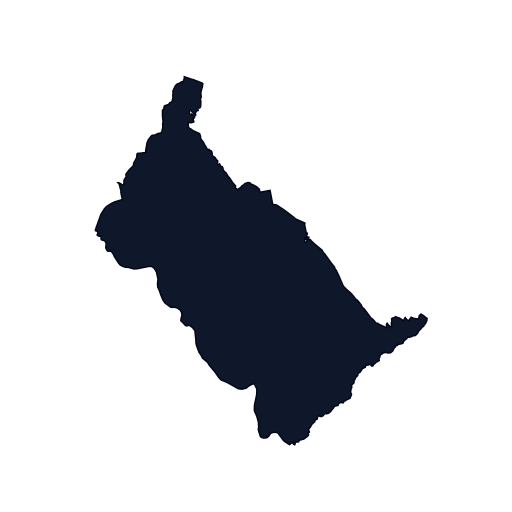 Parscov, Buzau, Romania, rotated 74°
{"feature_id": "2599482B35327371423245", "entity_name": "Parscov", "entity_type": "district", "adm_level": 2, "iso_a3": "ROU", "parent_name": "Romania", "parent_adm1": "Buzau", "projection": "robinson", "projection_center": [26.534, 45.302], "detail": "fine", "context": "isolated", "style": "filled", "palette": "ink", "viewbox_px": 512, "rotation_deg": 74, "n_neighbors": 0, "source": "geoboundaries", "source_scale": "gbopen_adm2", "svg_char_len": 6131}
<svg xmlns="http://www.w3.org/2000/svg" viewBox="0 0 512 512"><g transform="rotate(74 256 256)"><path d="M446.6,275.8L445.1,272.4L447.5,271.7L448.1,270.8L447.1,270.0L445.6,270.0L446.4,266.7L446.0,265.9L444.9,264.7L445.2,263.2L445.0,261.8L445.2,260.6L443.7,256.7L443.0,255.3L442.3,254.7L440.6,254.9L440.2,254.6L440.1,253.3L438.9,253.2L438.1,253.5L436.9,253.0L435.2,250.6L433.4,249.0L432.2,246.8L431.6,245.3L430.8,245.0L429.6,243.7L429.8,242.6L429.6,242.1L427.4,240.9L426.8,239.8L427.9,238.6L428.4,237.1L428.0,235.4L427.0,234.3L426.5,232.9L427.0,232.2L427.2,230.1L426.6,228.0L425.9,227.4L425.9,226.8L424.2,224.7L423.8,223.8L422.8,223.0L422.0,221.1L422.3,218.4L420.8,217.5L420.3,215.6L419.8,214.9L419.9,214.4L420.5,214.2L421.2,212.7L419.7,211.2L419.8,209.8L419.4,209.2L418.9,206.6L418.8,205.0L415.7,202.5L414.9,202.3L413.9,202.7L413.0,202.4L412.1,202.8L411.5,201.8L410.2,201.5L409.4,200.6L408.1,199.9L407.2,200.2L406.7,200.0L404.9,196.8L403.9,196.4L402.9,196.3L402.2,195.2L400.2,193.8L399.9,192.7L398.8,191.1L397.4,190.5L396.7,189.8L396.6,188.2L395.5,187.2L395.2,186.4L394.0,185.4L393.4,184.3L393.5,183.5L393.2,183.1L393.1,181.7L391.9,181.0L391.3,179.6L391.8,178.5L391.4,176.6L392.1,176.1L392.2,175.2L393.4,175.3L393.7,175.1L393.9,174.0L392.7,172.8L391.7,170.5L391.1,169.7L391.1,168.5L390.4,166.3L388.5,166.2L387.8,165.2L386.7,164.7L385.3,163.6L384.9,161.9L384.3,161.8L384.4,161.3L384.1,160.7L384.4,160.3L384.2,159.1L384.6,158.2L384.7,157.1L385.6,156.0L385.5,155.7L385.9,154.9L385.9,154.3L386.1,153.5L385.9,152.7L385.0,150.8L382.5,148.5L382.0,147.3L380.8,146.3L380.9,144.8L380.4,144.1L380.2,142.9L380.5,140.6L380.3,138.7L379.4,138.2L378.1,136.7L377.1,134.1L375.9,132.5L375.8,132.1L376.4,131.0L376.3,127.7L375.8,127.0L376.4,125.2L376.1,124.2L374.7,121.8L373.0,120.4L371.9,118.2L370.1,115.7L369.9,114.5L368.6,113.2L367.8,111.9L365.5,109.8L363.1,108.7L362.2,109.6L359.6,111.3L357.3,113.4L358.2,115.3L358.6,115.8L359.8,116.1L361.2,117.2L360.6,119.1L359.3,121.7L357.6,123.7L359.1,125.6L360.1,126.1L360.1,126.6L359.0,128.5L356.3,129.5L356.9,130.4L358.9,132.0L355.2,135.2L352.7,138.9L353.3,139.6L353.5,140.2L353.2,141.6L353.5,142.2L353.5,142.7L353.8,143.0L356.0,143.3L357.5,144.3L358.6,144.7L360.4,144.8L361.2,145.3L361.3,145.8L360.7,146.5L358.6,147.8L356.8,148.5L357.2,149.0L358.1,149.6L361.0,150.3L355.1,157.1L354.5,157.2L353.4,159.2L352.8,159.8L352.1,159.7L350.4,160.5L348.8,161.3L347.2,162.6L339.9,165.3L339.9,165.7L338.9,166.0L338.7,165.8L336.6,166.6L334.8,167.9L332.0,168.4L328.7,169.7L326.4,170.8L324.8,172.1L321.8,173.2L317.6,175.2L313.2,178.1L308.9,180.4L297.3,181.9L291.6,182.9L290.7,183.5L288.2,183.6L283.5,185.6L273.3,189.2L270.9,190.4L268.7,190.8L260.4,196.5L256.3,198.9L255.3,199.2L254.2,201.1L256.8,204.2L255.2,205.5L253.9,204.5L253.2,205.0L252.1,203.3L252.5,203.1L254.0,203.1L255.0,202.4L253.7,200.8L252.6,200.0L251.8,201.2L251.3,202.6L249.4,200.9L248.2,200.4L247.7,201.3L239.5,200.7L237.9,199.9L231.2,207.8L229.2,209.0L219.2,216.5L212.6,222.2L211.0,225.7L196.8,224.4L195.8,234.6L192.7,234.4L189.5,236.4L186.5,239.5L185.7,240.8L184.4,241.4L183.5,242.3L183.1,243.8L183.4,247.0L184.2,247.9L184.6,250.0L186.0,252.0L186.6,254.3L187.3,255.1L185.1,257.1L183.1,256.3L179.0,258.2L173.5,259.9L171.9,260.8L167.7,261.9L165.8,263.3L163.7,263.7L161.6,263.6L160.6,264.0L160.3,265.1L160.0,265.3L157.4,265.6L157.6,266.9L157.6,267.7L157.5,268.1L156.7,267.9L155.2,266.9L153.8,266.6L152.4,267.6L150.2,268.1L148.2,269.8L147.2,270.2L144.0,269.7L142.4,270.2L141.6,271.5L140.6,271.8L141.0,272.3L141.0,272.7L139.2,273.7L137.7,273.8L134.4,274.9L132.6,275.0L128.7,276.6L127.5,276.8L125.5,276.3L122.8,276.5L118.1,282.0L116.5,283.1L114.5,285.0L113.8,285.4L110.9,284.9L108.7,284.0L109.8,282.5L110.1,280.8L110.0,278.9L109.7,278.7L107.6,278.9L106.9,278.2L106.0,278.2L105.8,277.9L106.1,277.2L105.6,276.7L104.0,277.0L101.7,278.6L102.9,279.3L101.9,280.2L100.5,280.7L98.1,279.7L98.1,278.5L104.1,275.3L103.8,275.0L101.6,275.0L101.2,274.1L100.3,273.3L100.2,271.5L98.8,271.5L98.1,271.2L97.8,270.2L98.1,269.5L98.0,268.8L96.8,267.9L91.9,266.3L89.8,266.3L88.5,265.0L83.5,263.9L80.0,261.9L79.1,261.1L75.5,259.6L75.0,260.0L69.3,267.5L68.0,269.7L63.9,275.5L65.4,275.9L68.3,278.0L68.1,280.0L68.8,281.9L69.0,284.6L70.1,286.6L73.3,289.4L75.0,290.6L76.4,290.7L77.9,291.5L81.1,292.3L84.3,294.1L84.7,294.7L84.9,296.6L86.2,298.3L86.4,302.4L86.6,302.8L89.3,304.2L90.1,305.7L95.1,307.2L101.5,308.4L103.5,309.4L106.3,310.0L110.7,312.3L111.6,313.9L111.2,316.3L111.9,320.3L111.4,322.2L111.4,322.9L112.7,324.9L114.6,327.5L117.1,329.5L123.8,332.8L125.2,333.2L125.8,333.0L126.0,334.7L125.6,336.4L125.3,339.0L124.7,341.2L124.8,341.9L126.0,342.7L128.6,343.5L129.8,345.0L130.4,345.3L132.9,347.9L135.0,348.8L135.9,349.9L138.2,354.1L141.4,358.4L142.4,358.8L143.6,358.6L146.6,361.9L151.5,363.6L151.2,364.4L147.8,367.5L147.5,368.5L149.1,367.7L149.7,367.7L156.4,367.9L157.7,368.4L164.9,368.9L165.0,376.9L165.6,380.5L167.3,386.2L168.9,388.8L173.1,393.5L185.6,402.5L186.6,403.2L187.5,403.3L188.4,401.9L189.6,401.5L190.4,401.7L191.6,402.7L192.3,402.9L193.8,401.4L194.4,399.2L196.4,400.2L197.6,400.2L198.2,399.7L199.1,398.0L200.5,396.8L202.9,396.6L206.2,398.0L207.5,398.1L210.3,397.5L211.5,394.1L213.0,393.3L214.7,392.7L217.5,392.3L224.9,390.1L227.4,388.9L229.2,386.9L230.9,384.5L231.9,381.6L234.8,376.9L235.5,373.8L236.5,361.6L237.5,358.8L240.3,357.0L244.0,356.1L251.3,356.6L255.7,358.4L259.1,359.0L262.8,358.4L266.6,358.3L272.6,357.6L276.0,356.5L281.8,352.1L283.0,348.1L284.5,345.8L286.9,343.9L289.2,343.2L292.2,343.4L295.9,345.5L297.5,346.1L300.4,344.4L302.7,343.4L304.0,342.2L304.3,339.5L304.8,338.6L307.3,336.8L310.8,335.3L320.4,337.0L323.6,337.8L326.3,337.8L333.0,337.3L336.4,336.1L339.4,335.6L344.8,331.9L347.9,331.1L356.0,327.5L361.9,325.5L365.2,324.0L369.8,318.4L378.8,309.5L380.2,306.1L380.3,301.8L379.2,299.4L378.3,296.0L378.2,293.8L378.7,292.9L383.5,291.9L385.1,292.1L389.5,293.6L399.2,298.7L403.7,300.1L405.3,300.1L410.3,299.4L416.5,299.5L421.5,300.7L423.6,301.7L430.3,301.6L431.5,301.1L432.6,299.8L433.2,298.5L433.7,295.6L432.7,293.4L430.5,290.9L430.3,287.9L431.2,284.9L432.3,283.7L440.6,280.6L442.3,279.5L446.6,275.8Z" fill="#0f172a" stroke="#020617" stroke-width="1.5"/></g></svg>